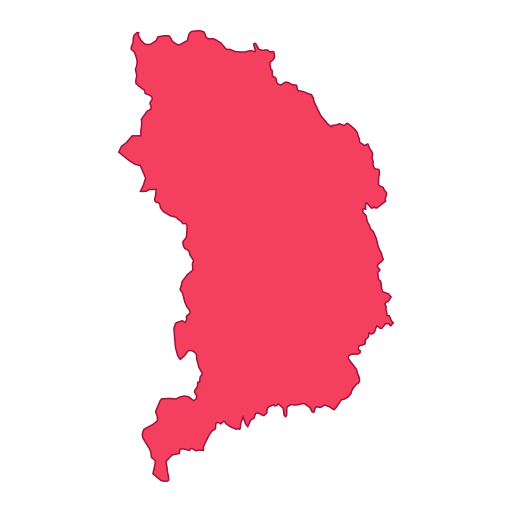 the district of Bao Lac, Cao Bằng, Vietnam
{"feature_id": "81297802B7761745227660", "entity_name": "Bao Lac", "entity_type": "district", "adm_level": 2, "iso_a3": "VNM", "parent_name": "Vietnam", "parent_adm1": "Cao Bằng", "projection": "equal_earth", "projection_center": [105.716, 22.875], "detail": "fine", "context": "isolated", "style": "filled", "palette": "rose", "viewbox_px": 512, "rotation_deg": 0, "n_neighbors": 0, "source": "geoboundaries", "source_scale": "gbopen_adm2", "svg_char_len": 6013}
<svg xmlns="http://www.w3.org/2000/svg" viewBox="0 0 512 512"><path d="M385.7,201.1L385.0,199.9L385.0,199.3L386.4,195.5L386.5,192.7L384.3,190.0L383.2,187.5L379.2,185.5L378.5,184.7L378.7,178.9L378.8,176.6L379.4,174.6L379.4,170.9L379.1,169.9L378.3,169.3L375.3,169.0L374.1,167.7L373.0,164.7L373.3,161.7L371.9,158.0L372.6,155.2L372.6,153.3L371.4,151.0L369.7,148.7L368.0,144.1L367.3,144.0L366.4,144.7L364.3,145.4L360.0,142.5L359.4,141.2L359.4,138.9L358.4,136.7L357.3,132.6L355.2,129.7L351.7,126.5L347.6,123.4L346.6,123.5L345.1,125.0L343.7,125.4L339.5,123.7L336.1,125.0L332.1,125.4L331.7,126.7L331.2,126.7L327.6,123.8L320.6,115.4L314.3,102.2L313.7,100.3L313.3,97.9L311.4,94.6L308.6,93.8L304.9,92.2L301.3,91.1L298.5,90.8L297.4,89.4L296.7,85.7L296.2,85.1L292.3,84.7L288.0,82.4L286.1,82.1L285.0,82.4L280.8,85.0L277.8,83.9L276.9,82.7L276.1,78.7L275.2,77.4L273.0,76.4L272.4,75.6L272.2,71.2L272.1,70.4L270.7,68.7L270.1,65.2L270.1,62.4L273.0,59.9L274.0,58.5L274.5,57.0L274.3,53.6L273.6,51.8L272.8,51.5L269.9,51.9L267.6,50.1L265.3,49.9L262.6,50.4L259.1,49.5L255.7,43.7L254.9,43.3L254.1,43.6L253.7,44.1L254.3,47.1L255.3,50.0L255.1,51.6L254.8,51.7L250.7,50.5L244.2,52.1L237.4,51.8L235.0,51.5L230.2,49.4L226.3,49.3L220.7,42.8L215.8,39.8L213.8,38.8L207.5,38.6L206.1,36.9L204.5,32.8L203.7,31.8L200.9,30.9L197.8,30.7L192.0,31.4L190.7,32.0L189.7,33.0L188.9,34.5L187.4,40.1L186.8,40.8L179.5,44.8L177.6,44.8L173.1,41.9L172.1,40.7L169.9,36.6L168.8,35.8L164.8,35.7L158.3,36.7L157.7,37.1L156.5,40.1L155.8,40.8L150.4,44.3L148.7,44.6L145.7,44.3L144.0,43.4L140.7,39.9L138.3,35.2L138.7,32.7L136.8,32.7L134.1,35.3L133.3,37.8L133.0,42.5L131.4,46.6L131.1,49.1L134.3,52.0L136.6,58.3L137.2,61.7L136.7,65.8L135.4,69.3L136.8,75.6L135.8,80.3L135.9,83.2L139.1,86.5L140.0,86.8L142.2,88.8L143.9,89.6L144.5,90.5L145.2,93.5L149.8,95.3L151.8,96.9L152.2,98.3L152.1,99.4L150.1,102.3L150.1,104.0L151.0,105.9L151.0,109.0L147.2,111.1L141.3,119.3L141.7,122.7L141.4,127.4L140.9,129.5L140.7,135.8L132.2,135.8L126.2,142.8L121.5,146.3L118.7,152.1L128.4,160.0L131.5,162.1L135.3,164.4L138.6,165.3L140.1,165.2L145.6,177.9L143.4,185.2L140.4,191.3L141.5,191.5L146.3,191.2L149.5,189.5L156.2,189.4L155.5,195.9L154.6,199.1L154.8,200.6L155.7,201.9L158.2,202.6L159.1,203.4L159.9,204.7L160.5,207.9L162.3,210.3L163.6,211.8L170.4,215.8L176.1,217.2L178.2,219.4L181.2,221.4L182.7,223.6L185.4,223.7L186.3,223.9L186.6,224.4L187.1,227.2L187.0,229.3L186.4,236.9L186.3,237.5L183.1,241.3L182.9,242.5L183.1,244.7L183.5,246.2L184.9,248.6L187.6,249.8L188.7,251.0L189.4,252.6L189.8,254.7L193.5,260.5L193.6,261.0L193.1,261.7L192.4,263.7L192.8,270.1L187.4,274.6L182.4,281.2L181.8,282.4L181.4,285.1L180.0,289.5L182.5,293.0L184.9,302.3L187.0,307.1L189.2,309.8L190.0,312.1L189.9,313.3L186.6,316.0L186.3,317.0L186.8,319.1L185.5,322.1L185.0,322.5L182.4,320.7L176.4,322.6L175.4,323.8L174.1,327.5L173.9,329.1L175.5,347.7L177.6,355.2L179.0,358.1L180.4,359.4L184.1,356.1L185.8,354.1L187.6,351.4L188.5,350.8L190.0,350.5L191.5,350.7L193.1,351.2L195.2,352.8L196.5,354.6L196.7,359.7L197.6,362.2L198.7,367.1L202.0,373.0L202.3,374.1L200.4,376.4L200.0,377.9L199.6,381.8L197.7,382.3L197.3,386.8L195.0,390.1L194.5,391.5L194.9,393.0L196.6,395.7L196.7,396.9L196.4,398.4L195.2,399.6L194.1,400.5L193.1,400.3L189.6,397.4L187.6,396.5L184.0,396.0L179.7,397.1L175.8,399.0L169.9,398.4L161.6,398.8L160.0,401.1L155.7,411.2L155.7,412.7L156.7,414.3L157.4,417.3L157.4,420.4L157.1,421.2L152.6,424.6L144.0,429.2L143.0,431.4L142.3,434.3L142.8,437.9L149.9,449.5L150.8,452.2L151.3,456.7L151.7,457.6L155.4,460.7L155.0,464.3L152.9,473.8L161.2,480.7L165.4,481.3L167.7,481.0L168.3,480.5L168.7,480.0L168.6,476.9L167.4,471.7L167.0,467.3L166.0,461.4L172.1,455.0L179.3,453.5L179.9,449.7L180.6,449.0L184.0,449.0L189.2,450.5L190.0,449.9L190.5,448.9L191.6,448.5L192.6,448.7L195.3,450.6L196.7,450.7L199.0,450.0L203.4,450.5L203.4,447.0L205.2,442.8L209.8,433.9L212.0,431.0L215.1,429.1L215.5,428.1L215.8,424.3L216.3,422.9L217.0,422.6L218.7,422.6L220.7,423.9L223.9,421.2L224.6,421.6L226.1,423.7L230.4,426.8L235.4,428.9L236.3,429.2L237.8,428.7L239.3,429.3L239.8,429.1L240.1,428.4L241.0,422.4L243.1,416.9L245.4,423.6L247.8,426.6L250.3,421.0L251.3,419.6L253.9,418.3L255.6,413.6L256.3,413.2L258.3,413.1L263.5,415.6L264.1,415.6L266.9,412.7L267.0,410.2L267.4,408.4L268.7,407.0L273.7,404.6L274.3,405.7L275.0,405.9L276.6,405.5L278.4,404.0L281.6,406.7L283.3,408.5L283.8,413.7L284.4,415.7L285.8,416.7L286.7,414.8L286.8,408.4L287.0,407.4L287.5,406.7L290.8,404.6L295.2,405.0L299.6,404.5L302.1,403.5L304.8,403.9L309.9,407.6L312.1,411.8L313.6,412.3L314.1,411.8L315.3,407.8L315.7,407.3L316.7,406.8L319.6,407.4L320.8,407.3L324.8,405.0L330.3,407.2L332.2,408.9L334.2,409.7L336.2,407.4L341.4,399.7L344.1,399.2L347.9,397.2L348.9,396.0L350.9,393.6L351.7,390.8L353.7,387.5L356.7,384.0L357.7,383.7L358.5,382.9L359.5,381.4L359.4,377.9L357.4,373.0L356.9,370.6L356.1,368.9L348.9,359.4L348.4,358.1L348.4,356.7L348.9,355.8L349.5,355.2L352.2,354.1L358.0,354.1L359.8,353.0L360.3,352.1L360.4,351.0L359.3,350.3L358.3,348.9L358.5,347.0L359.7,345.5L362.4,345.1L364.9,344.0L365.2,343.2L365.2,340.7L365.6,339.7L368.0,337.3L368.6,336.2L368.9,332.9L370.5,333.9L371.7,334.0L373.7,333.1L374.6,331.9L375.5,328.9L377.0,325.7L380.2,328.3L381.7,328.4L384.7,324.8L385.6,323.3L386.9,323.8L388.8,323.7L390.3,325.8L390.8,325.7L393.3,322.8L391.5,321.0L389.6,316.3L389.0,315.5L386.9,315.7L386.7,315.4L386.9,312.5L385.9,309.4L386.2,306.5L384.8,304.1L385.7,302.6L386.5,302.0L388.2,301.5L391.1,296.9L388.4,293.7L386.4,293.2L382.5,291.5L381.7,288.7L380.9,282.2L380.5,281.1L378.7,279.5L378.4,278.3L377.8,273.3L378.1,271.9L379.7,270.5L379.9,269.8L377.6,266.9L377.3,266.0L378.4,264.1L382.1,261.0L383.2,259.5L383.2,259.0L382.3,257.2L381.6,253.5L379.5,249.7L378.3,246.7L376.3,238.5L373.6,232.2L372.5,230.6L370.4,228.6L369.4,225.3L367.4,221.9L366.0,215.5L363.0,212.4L362.8,211.6L363.2,208.9L364.2,208.5L365.2,209.4L365.7,209.1L365.5,205.3L365.7,203.8L366.2,202.9L366.6,202.9L371.1,207.8L372.1,208.2L374.3,207.0L375.1,207.9L376.9,208.0L385.7,201.1Z" fill="#f43f5e" stroke="#9f1239" stroke-width="1.5"/></svg>